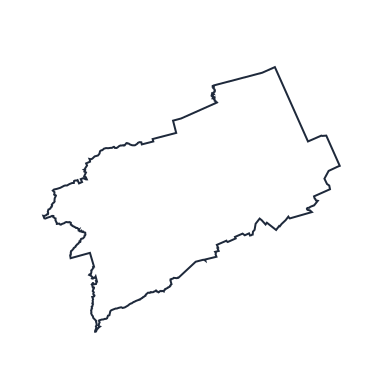 outline of Benalla, Victoria, Australia, rotated 66°
{"feature_id": "25037944B90980309349747", "entity_name": "Benalla", "entity_type": "district", "adm_level": 2, "iso_a3": "AUS", "parent_name": "Australia", "parent_adm1": "Victoria", "projection": "natural_earth1", "projection_center": [146.082, -36.59], "detail": "fine", "context": "isolated", "style": "outline", "palette": "slate", "viewbox_px": 384, "rotation_deg": 66, "n_neighbors": 0, "source": "geoboundaries", "source_scale": "gbopen_adm2", "svg_char_len": 6108}
<svg xmlns="http://www.w3.org/2000/svg" viewBox="0 0 384 384"><g transform="rotate(66 192 192)"><path d="M228.2,46.4L195.1,46.4L193.7,50.3L193.1,50.9L193.0,65.5L111.6,65.5L111.6,79.3L103.9,126.3L103.6,128.3L103.8,128.3L104.0,128.8L103.8,129.3L104.5,129.4L104.6,129.9L104.0,129.8L103.8,130.1L104.4,130.4L105.3,129.6L105.9,130.3L107.6,129.6L108.8,129.9L108.9,130.4L109.6,130.5L109.8,131.5L109.8,131.9L110.0,132.4L111.0,132.3L110.0,133.4L110.3,133.6L111.2,133.5L111.1,134.2L111.7,134.4L111.8,134.8L112.1,135.0L112.5,134.8L112.5,134.1L112.7,133.9L113.2,134.5L113.4,134.4L113.9,133.7L114.0,134.2L114.3,134.5L114.3,134.0L114.7,133.5L114.9,133.6L115.2,133.3L115.4,133.7L115.9,133.5L116.3,133.6L116.3,134.1L116.8,133.8L117.8,134.2L118.6,133.5L119.2,133.8L119.9,133.6L120.1,133.2L120.1,132.9L120.4,132.8L120.4,172.1L119.1,180.3L131.6,182.4L127.6,206.4L130.1,206.8L128.1,218.5L126.0,218.1L125.1,219.7L125.1,221.4L125.6,222.2L126.1,224.9L125.9,225.7L125.0,227.6L123.4,229.3L121.9,230.2L121.6,231.0L120.8,231.5L120.7,232.1L121.9,234.4L121.6,234.8L121.9,235.3L121.5,236.0L121.2,236.1L120.7,238.1L120.4,238.4L120.4,239.8L121.0,241.9L121.1,243.0L120.4,244.5L119.1,244.8L118.9,245.2L119.1,247.3L118.6,248.3L117.9,250.8L116.9,252.7L116.6,255.0L117.0,255.8L117.3,257.2L117.0,257.8L117.1,258.4L117.4,259.5L119.3,260.9L120.4,263.0L119.9,266.5L121.0,269.5L121.0,270.9L120.1,272.2L121.3,272.2L121.9,272.6L122.8,272.8L122.8,277.1L125.1,277.1L126.8,279.8L127.7,280.8L127.7,281.4L128.5,280.7L129.6,282.0L131.0,280.9L133.8,284.1L135.2,283.0L137.7,283.0L137.4,283.7L135.1,285.8L135.0,288.4L138.2,288.4L138.2,291.7L134.6,291.7L134.7,292.6L134.3,293.1L133.9,294.7L134.0,295.3L135.7,296.3L135.2,297.4L135.0,298.2L134.9,300.6L135.2,303.5L134.5,305.1L134.3,306.2L134.6,310.6L134.2,314.0L133.6,317.1L134.1,318.6L136.2,317.7L137.8,318.5L138.3,319.0L138.8,318.8L139.4,317.9L140.0,317.8L141.9,320.0L144.2,321.3L144.7,321.3L145.4,322.2L145.5,323.2L146.5,325.2L146.7,325.4L147.5,325.3L148.5,326.3L148.5,327.0L149.4,328.0L149.4,328.5L149.7,328.9L149.6,330.3L151.4,331.8L152.7,331.9L153.7,332.7L153.4,333.5L153.9,334.8L153.8,336.8L153.3,337.5L156.0,337.6L156.6,336.7L156.7,333.9L157.0,331.5L156.9,329.5L157.5,328.4L158.6,328.9L158.8,328.6L160.1,328.1L160.7,327.4L162.5,328.3L163.7,328.1L164.8,328.3L165.4,328.0L166.2,328.4L166.9,326.1L168.2,325.6L168.5,325.0L168.3,323.8L168.5,321.4L168.2,320.1L168.3,319.0L169.4,317.4L169.5,316.4L170.0,316.1L170.1,315.7L170.8,315.2L172.5,316.0L173.5,315.2L173.8,315.3L174.3,314.8L174.7,314.8L175.9,313.6L176.2,313.6L177.2,312.6L177.6,312.6L178.3,311.4L179.7,310.7L179.9,310.1L179.9,310.7L180.2,311.0L180.6,311.0L180.5,310.5L181.1,311.1L181.8,310.3L182.2,310.5L182.5,310.1L183.0,309.4L183.3,309.1L182.8,308.6L183.9,308.3L184.0,307.5L184.5,307.6L185.5,306.2L185.8,306.1L186.1,306.3L187.4,306.6L188.0,307.1L188.0,307.8L189.1,308.4L190.0,310.3L190.0,311.0L189.8,311.5L189.8,312.5L190.2,313.0L191.1,313.7L191.2,314.4L191.8,314.1L192.2,314.4L192.1,315.3L192.3,316.1L192.9,316.7L193.2,318.5L193.7,319.1L193.8,319.9L194.1,320.0L194.7,320.8L195.0,322.5L195.2,323.0L195.5,323.1L196.7,325.7L196.8,326.5L198.0,327.4L198.5,327.4L199.3,328.1L200.0,328.2L200.2,329.0L200.7,329.2L203.1,329.8L206.1,310.0L220.4,311.9L220.3,312.9L221.2,313.0L221.3,313.4L222.4,314.8L222.5,315.6L222.9,316.1L224.0,316.3L225.7,317.6L225.6,319.2L225.9,319.7L227.3,318.4L229.7,317.5L230.3,318.5L230.5,318.3L230.8,317.8L230.6,316.5L230.9,315.8L230.4,315.7L230.4,314.9L230.0,314.4L234.9,315.2L234.5,315.9L235.8,316.1L237.0,317.1L236.3,319.6L235.1,319.3L234.9,319.7L235.3,320.0L235.4,320.7L235.7,321.2L236.5,320.8L237.1,321.2L239.0,321.5L239.3,321.2L239.2,320.5L239.5,320.4L240.1,320.8L240.3,321.3L240.7,321.5L241.4,322.4L242.2,323.0L243.7,322.5L244.8,323.6L245.2,323.7L246.1,323.6L246.5,323.2L246.9,323.2L247.4,323.7L247.6,324.5L247.3,325.8L249.8,326.0L250.7,326.9L252.3,327.3L253.1,328.3L254.1,328.0L254.9,328.9L255.6,329.2L256.1,330.4L257.4,330.5L257.8,331.2L258.7,331.6L259.0,332.3L261.0,332.8L261.6,333.4L263.5,333.5L265.2,333.1L266.9,333.4L270.9,331.9L271.3,332.4L273.4,332.7L274.9,333.3L275.7,334.5L277.1,334.6L279.7,337.2L280.3,337.3L280.4,336.4L278.6,334.5L278.6,333.9L277.7,332.2L277.8,331.9L277.5,330.9L277.1,331.4L276.1,331.7L274.1,330.1L273.5,329.4L271.9,329.4L271.5,329.0L271.8,326.4L272.4,324.7L272.4,323.4L272.9,322.3L272.8,320.9L270.8,319.1L271.0,317.6L267.8,315.2L267.3,314.3L267.2,313.1L267.4,309.2L267.9,308.0L268.0,306.2L268.4,304.0L268.7,303.3L269.7,302.6L270.1,300.4L269.7,296.7L269.1,294.6L269.0,293.0L269.2,292.5L268.7,290.0L268.9,289.2L268.7,288.1L268.8,285.3L269.0,284.6L268.8,284.1L269.1,283.5L268.8,283.2L268.8,282.3L268.7,281.5L268.5,281.2L268.6,280.4L268.1,279.4L268.2,278.7L267.8,277.4L267.9,276.9L267.5,276.7L267.1,276.0L267.1,275.7L266.8,275.5L266.1,273.1L266.9,271.7L267.0,270.9L266.6,270.6L266.8,270.0L267.3,269.5L267.7,268.2L267.5,267.2L267.7,266.6L267.3,264.9L267.8,264.6L268.6,264.6L269.3,263.8L270.0,263.5L270.0,262.7L269.6,261.9L269.7,261.6L269.7,260.6L270.2,260.2L270.4,259.2L271.4,258.2L270.6,257.7L270.3,256.5L269.7,255.9L269.9,255.1L269.7,254.6L269.8,253.3L269.4,252.7L269.5,251.1L268.9,250.4L269.0,250.0L268.7,249.5L268.3,249.4L267.8,248.7L267.8,248.2L263.7,247.6L263.5,246.8L263.1,246.8L263.3,244.4L263.0,243.6L264.5,241.0L264.8,239.6L264.5,239.5L264.6,238.6L257.2,217.0L258.5,209.2L259.7,207.9L260.1,207.7L259.0,207.5L261.1,196.0L258.5,195.8L257.4,195.0L256.1,195.2L256.7,191.6L253.6,191.6L253.6,190.8L250.4,190.8L250.5,180.4L251.1,180.4L252.2,179.7L252.2,171.0L250.5,171.0L250.6,162.7L253.0,161.4L253.0,156.7L255.3,156.7L255.3,156.4L255.5,156.1L255.6,155.4L255.4,154.5L255.6,153.9L253.0,152.4L252.0,150.2L246.9,146.8L243.8,141.0L246.1,139.8L251.6,138.0L250.5,136.1L260.9,130.6L258.5,126.2L259.1,125.8L257.7,123.3L255.8,117.9L253.7,114.0L255.0,113.8L255.9,113.4L259.1,90.7L256.8,91.7L255.4,93.6L254.9,93.9L254.1,93.9L253.7,93.5L253.6,92.9L253.7,92.2L254.1,91.4L253.7,90.1L253.7,88.2L253.9,87.4L253.7,86.7L253.9,85.9L251.2,80.7L250.1,82.2L248.6,82.2L247.9,82.6L245.6,82.3L245.6,64.8L241.9,64.0L239.6,65.4L233.7,65.6L228.3,58.6L228.1,48.7L228.2,46.4Z" fill="none" stroke="#1e293b" stroke-width="2"/></g></svg>